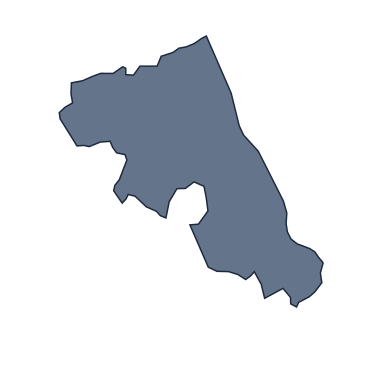 outline of Komárom-Esztergom, rotated 70°
{"feature_id": "HUN-3163", "entity_name": "Komárom-Esztergom", "entity_type": "County", "adm_level": 1, "iso_a3": "HUN", "parent_name": "Hungary", "parent_adm1": "", "projection": "albers", "projection_center": [18.366, 47.587], "detail": "fine", "context": "isolated", "style": "filled", "palette": "slate", "viewbox_px": 384, "rotation_deg": 70, "n_neighbors": 0, "source": "natural_earth", "source_scale": "10m", "svg_char_len": 1174}
<svg xmlns="http://www.w3.org/2000/svg" viewBox="0 0 384 384"><g transform="rotate(70 192 192)"><path d="M262.1,116.0L270.0,115.1L276.6,111.0L285.5,100.7L290.2,97.1L296.4,95.5L303.0,93.1L303.7,93.2L312.1,99.1L321.6,101.0L327.8,110.6L330.5,117.5L332.2,129.6L335.8,133.1L330.9,137.5L324.7,135.5L313.7,139.5L316.7,160.1L302.4,158.5L288.2,160.7L290.9,165.7L292.6,171.5L285.2,177.1L279.3,184.9L275.1,195.6L268.3,202.4L222.2,205.2L224.4,197.0L215.3,183.5L201.4,180.4L190.7,178.8L183.2,186.7L186.4,197.0L183.7,205.0L193.4,216.8L207.5,225.4L203.3,229.9L198.0,232.0L190.3,240.0L176.5,246.9L172.5,252.8L176.0,256.4L178.6,261.4L164.0,265.2L159.3,262.1L155.6,256.1L139.7,242.3L134.0,242.1L129.4,249.5L122.8,251.3L116.4,251.6L113.7,261.1L114.2,273.0L111.2,277.8L109.4,284.3L78.2,290.9L72.0,289.6L68.9,282.2L67.4,273.7L58.6,272.2L48.2,268.0L50.0,256.9L49.3,245.4L49.3,237.2L53.6,225.6L50.6,214.3L53.1,211.9L59.1,214.1L62.2,207.0L55.9,197.9L61.8,181.7L53.9,174.5L54.4,162.3L52.4,155.1L53.6,148.0L53.3,139.1L51.0,130.6L50.3,125.2L112.5,121.4L146.0,125.0L156.1,124.1L176.4,115.8L231.9,109.2L244.1,110.1L254.0,114.4L262.1,116.0Z" fill="#64748b" stroke="#1e293b" stroke-width="1.5"/></g></svg>